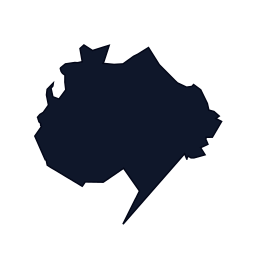 Tepache, Sonora, Mexico (Robinson projection), rotated 165°
{"feature_id": "50627088B68424224949778", "entity_name": "Tepache", "entity_type": "district", "adm_level": 2, "iso_a3": "MEX", "parent_name": "Mexico", "parent_adm1": "Sonora", "projection": "robinson", "projection_center": [-109.507, 29.486], "detail": "fine", "context": "isolated", "style": "filled", "palette": "ink", "viewbox_px": 256, "rotation_deg": 165, "n_neighbors": 0, "source": "geoboundaries", "source_scale": "gbopen_adm2", "svg_char_len": 1283}
<svg xmlns="http://www.w3.org/2000/svg" viewBox="0 0 256 256"><g transform="rotate(165 128 128)"><path d="M55.0,91.6L55.6,96.0L56.0,96.4L54.9,98.8L48.9,97.3L35.9,110.1L40.7,114.4L36.8,115.9L40.7,121.7L45.3,124.4L45.0,131.2L47.9,146.1L53.4,153.0L55.6,151.6L60.9,152.3L68.6,158.8L70.7,162.3L70.8,162.5L81.4,181.0L87.4,200.4L99.2,196.8L104.1,195.8L116.2,191.2L125.0,193.0L135.4,196.9L134.1,198.4L124.8,212.7L131.0,212.5L142.2,212.0L149.1,219.6L153.8,217.2L155.0,203.9L159.8,204.1L162.4,205.0L171.9,206.1L177.5,203.6L178.0,202.9L177.9,199.9L177.1,197.7L175.2,195.4L177.1,188.6L177.5,185.8L178.2,181.0L187.2,173.8L192.5,177.6L192.1,186.3L189.7,188.0L188.5,190.8L196.1,186.3L198.2,181.0L198.9,170.7L205.8,165.0L209.6,163.9L212.6,161.8L212.5,161.5L212.5,161.4L212.5,159.3L212.4,158.7L212.4,157.1L211.2,155.0L211.7,153.0L211.2,151.8L220.1,144.3L216.4,120.2L216.1,118.6L215.3,118.4L215.6,113.0L212.5,109.6L210.0,107.1L209.5,106.6L199.5,96.2L199.0,95.7L187.3,83.6L186.9,83.9L186.7,84.0L183.3,87.0L166.7,82.3L166.0,82.1L165.3,82.3L143.5,90.0L143.2,90.1L142.7,90.3L133.2,64.2L138.9,57.7L139.0,57.7L157.3,37.0L157.7,36.4L131.8,53.8L80.0,88.5L79.2,82.2L78.7,83.9L77.0,85.2L74.9,82.9L72.0,82.1L67.9,82.1L60.5,82.2L63.0,90.2L55.0,91.6Z" fill="#0f172a" stroke="#020617" stroke-width="1.5"/></g></svg>